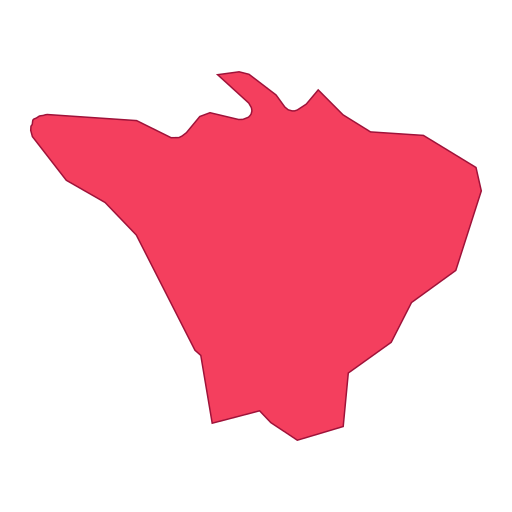 SVG path tracing the border of Bromley
{"feature_id": "GBR-2063", "entity_name": "Bromley", "entity_type": "London Borough", "adm_level": 1, "iso_a3": "GBR", "parent_name": "United Kingdom", "parent_adm1": "", "projection": "natural_earth1", "projection_center": [0.01, 51.361], "detail": "fine", "context": "isolated", "style": "filled", "palette": "rose", "viewbox_px": 512, "rotation_deg": 0, "n_neighbors": 0, "source": "natural_earth", "source_scale": "10m", "svg_char_len": 976}
<svg xmlns="http://www.w3.org/2000/svg" viewBox="0 0 512 512"><path d="M476.0,167.5L481.3,190.9L455.8,270.4L411.5,302.5L391.2,342.3L348.3,373.0L343.2,426.5L297.3,440.2L270.8,422.6L259.6,410.8L212.2,423.2L200.8,355.4L195.0,350.3L136.3,235.0L105.1,202.5L66.3,180.3L32.4,136.6L30.7,130.3L30.9,127.6L30.9,126.7L31.1,126.3L31.2,125.8L32.2,124.6L32.3,124.1L32.4,123.3L32.6,121.4L32.8,120.4L33.0,120.0L33.2,119.6L34.1,118.9L35.5,118.4L36.7,117.8L39.1,116.2L39.5,116.0L40.0,115.9L40.5,115.8L42.7,115.5L43.4,115.4L45.3,114.8L45.9,114.7L47.2,114.5L48.5,114.6L136.6,120.6L171.1,137.7L178.9,137.6L182.1,136.0L186.4,132.7L199.8,116.5L210.0,112.7L238.6,119.5L242.9,119.4L248.5,117.2L250.2,115.4L251.1,114.1L251.9,111.0L251.7,109.3L251.4,107.7L248.8,103.1L217.6,74.7L239.1,71.8L249.0,74.3L276.1,95.0L284.8,107.0L288.2,109.8L292.1,110.9L294.6,110.9L297.3,110.0L306.3,104.1L318.2,89.9L343.0,114.8L370.5,131.9L423.4,135.4L476.0,167.5Z" fill="#f43f5e" stroke="#9f1239" stroke-width="1.5"/></svg>